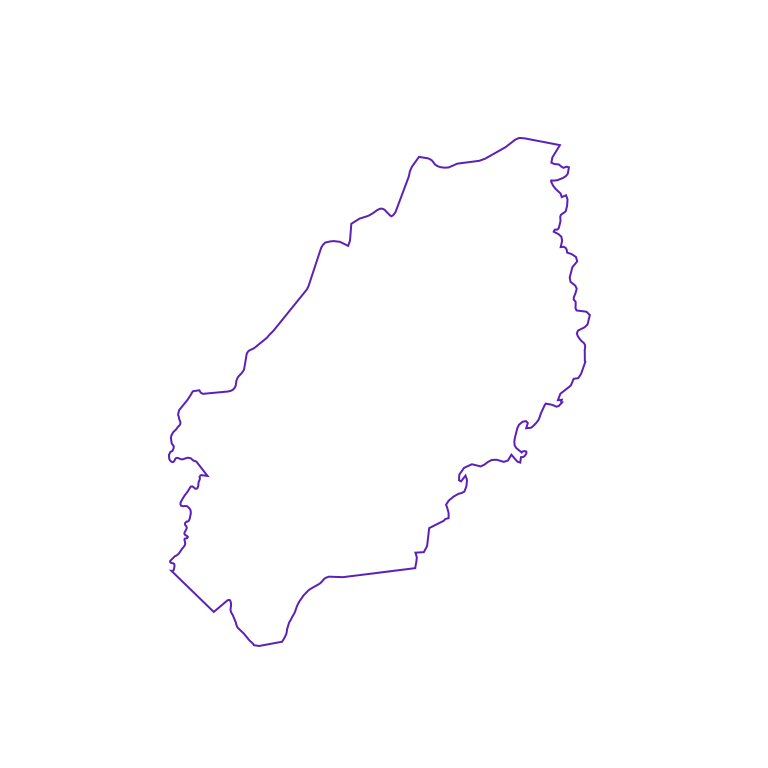 map outline of N'zi-Comoé (Equal Earth projection), rotated 26°
{"feature_id": "CIV-3452", "entity_name": "N'zi-Comoé", "entity_type": "Department", "adm_level": 1, "iso_a3": "CIV", "parent_name": "Ivory Coast", "parent_adm1": "", "projection": "equal_earth", "projection_center": [-4.27, 7.107], "detail": "fine", "context": "isolated", "style": "outline", "palette": "violet", "viewbox_px": 768, "rotation_deg": 26, "n_neighbors": 0, "source": "natural_earth", "source_scale": "10m", "svg_char_len": 4784}
<svg xmlns="http://www.w3.org/2000/svg" viewBox="0 0 768 768"><g transform="rotate(26 384 384)"><path d="M492.8,535.8L431.8,575.6L419.0,581.3L416.9,583.4L415.6,585.3L415.3,586.9L414.7,589.2L413.7,591.7L407.7,600.4L406.4,603.0L404.4,609.1L403.3,616.3L403.1,620.3L403.2,622.3L403.9,627.8L403.9,629.7L403.6,633.3L403.6,636.8L403.3,640.1L404.4,646.9L405.4,649.9L405.8,651.7L405.8,655.8L405.4,660.3L386.6,674.2L381.5,675.8L380.3,674.9L375.3,673.4L367.5,669.8L359.6,667.3L358.1,666.3L357.1,665.4L355.4,663.3L349.6,658.2L346.4,656.0L345.5,654.9L344.8,653.8L343.8,650.7L343.1,649.0L342.2,647.6L340.5,645.9L339.2,646.1L338.2,647.0L330.9,663.5L274.8,645.1L276.3,644.5L276.5,643.2L275.9,640.7L275.2,638.8L274.3,637.7L273.1,637.6L270.6,638.1L269.7,637.7L269.4,636.7L271.5,630.5L272.4,629.5L273.3,628.0L274.1,625.5L274.7,620.7L275.4,618.3L275.6,616.1L275.3,614.5L272.9,611.4L272.7,610.4L273.9,609.5L274.7,608.6L274.8,607.5L273.9,607.0L271.3,606.8L270.2,606.1L269.8,604.6L270.0,601.7L269.8,599.7L268.6,598.4L267.3,598.0L266.4,597.1L266.2,595.8L266.9,594.1L267.8,593.8L268.5,592.6L268.4,590.1L267.1,585.0L265.8,582.7L264.4,581.4L260.8,580.2L259.6,580.4L257.4,581.7L256.2,582.2L254.9,582.3L253.8,581.4L253.1,579.6L253.3,575.2L253.7,571.6L254.7,566.8L255.1,562.1L255.5,560.7L256.8,560.0L260.5,560.8L261.5,560.2L262.0,558.9L261.6,556.5L260.9,555.0L260.4,553.4L260.2,550.4L259.7,549.2L258.9,548.3L259.1,547.1L259.6,546.0L265.7,544.0L249.6,536.1L248.5,536.0L247.4,536.3L246.2,536.4L243.0,535.5L241.8,535.7L240.6,536.0L239.5,536.6L238.5,537.5L236.7,539.4L235.7,540.2L234.5,540.6L231.6,540.8L230.3,541.1L229.5,541.9L229.2,543.2L229.3,544.7L229.0,546.1L228.2,546.9L227.0,547.0L225.7,546.7L224.3,545.9L223.1,544.4L221.8,541.9L221.8,538.8L222.3,537.9L223.0,537.2L223.2,536.0L223.1,534.4L222.7,532.9L222.0,531.8L220.6,531.3L219.1,530.3L216.1,525.8L215.5,523.7L215.6,519.8L217.0,516.1L217.7,512.4L218.3,511.0L218.5,509.5L217.9,507.7L215.5,505.5L213.7,503.2L212.4,502.0L211.3,497.4L214.3,484.6L215.2,477.2L215.2,475.8L215.5,474.2L220.8,470.6L222.7,471.9L223.8,472.2L225.6,472.2L247.1,459.1L249.1,457.5L250.0,456.4L250.9,454.9L251.5,452.6L251.4,450.3L249.9,445.8L249.7,443.6L249.8,441.4L251.3,436.6L251.7,434.3L251.9,432.5L249.7,424.9L247.6,417.9L247.5,417.5L247.4,416.0L247.6,414.4L248.2,412.9L251.4,409.0L258.6,393.6L259.3,390.5L261.3,384.6L273.3,332.5L273.2,328.8L267.8,289.1L268.1,285.8L269.2,282.6L273.1,279.5L276.1,277.6L282.2,275.5L291.2,275.6L290.7,270.8L290.1,268.8L284.4,254.3L289.5,246.1L295.5,240.4L296.8,238.9L299.2,235.3L301.4,231.1L302.7,229.3L304.0,227.9L305.3,227.3L306.8,227.1L308.2,227.2L315.7,229.9L317.2,230.0L318.3,228.1L319.0,224.6L315.4,187.2L314.7,183.9L314.1,182.0L313.8,176.7L315.9,164.5L325.0,161.8L326.8,161.8L329.2,162.1L334.0,164.5L337.1,164.7L339.9,164.3L343.7,163.0L347.2,161.0L353.3,153.8L371.7,141.7L376.1,137.2L389.5,117.7L394.7,107.1L395.9,105.5L397.8,103.5L402.9,101.5L437.4,92.2L436.0,106.5L437.4,111.7L440.8,111.6L444.9,110.0L448.2,110.9L450.5,111.0L452.9,108.6L455.2,108.2L457.0,114.3L456.4,117.2L454.6,120.3L450.4,124.9L447.2,126.9L445.1,127.7L445.3,128.7L449.0,131.6L452.4,133.3L459.4,135.5L461.8,138.1L464.9,134.6L468.0,137.6L469.0,140.0L470.4,143.5L471.6,148.9L471.0,150.6L469.8,152.5L468.8,154.5L469.1,156.5L470.7,159.2L471.3,160.6L472.7,166.8L472.3,169.0L469.8,170.5L469.8,172.7L475.1,172.8L478.8,173.9L481.3,177.1L482.8,183.5L485.4,181.9L487.6,182.0L489.5,183.4L491.0,185.6L495.7,185.0L500.9,185.7L503.9,189.1L502.1,196.4L504.2,206.8L506.8,210.4L512.7,211.7L515.4,213.8L516.3,218.3L516.6,222.8L517.4,224.9L520.2,226.1L521.6,228.9L522.8,231.8L524.8,233.5L534.2,230.3L538.8,231.8L540.8,241.2L539.5,245.0L534.9,251.0L535.2,254.1L537.1,255.9L539.9,257.6L542.9,258.9L545.6,259.5L547.6,260.8L548.6,262.7L549.4,265.2L554.5,275.4L555.2,275.6L556.7,288.5L556.0,293.6L552.2,296.2L552.6,303.5L549.1,310.7L546.8,315.4L547.4,322.3L549.0,321.4L550.7,320.2L550.9,321.2L550.9,322.0L551.1,322.4L552.2,322.3L550.7,327.2L548.9,328.8L544.2,329.0L538.0,330.7L537.7,332.6L537.9,341.8L538.4,345.3L538.6,348.6L537.8,352.6L536.4,356.7L535.5,358.6L534.0,359.7L531.2,361.4L530.4,356.1L528.0,355.1L525.1,357.2L523.2,361.4L523.2,365.3L525.4,375.6L526.4,378.7L528.4,382.0L531.0,383.6L537.8,385.2L537.9,384.2L539.5,382.8L541.5,382.3L542.4,384.0L542.2,386.3L541.6,387.9L540.6,389.0L539.2,389.7L540.9,394.9L537.9,395.3L529.5,391.7L528.9,398.5L525.8,401.5L518.4,402.7L514.1,405.1L511.6,408.5L509.7,412.3L507.0,415.7L498.2,417.6L492.7,424.3L491.4,432.4L493.6,437.6L495.9,437.8L497.4,430.6L500.7,433.9L502.9,439.8L503.4,445.5L501.4,448.1L499.1,450.0L495.9,454.7L493.3,460.4L492.7,465.4L494.7,467.1L498.6,471.6L500.9,476.3L498.3,478.4L497.7,480.7L487.8,493.7L493.8,510.9L493.5,517.7L486.2,521.8L489.5,525.4L491.0,529.5L492.2,534.1L492.8,535.8Z" fill="none" stroke="#5b21b6" stroke-width="2"/></g></svg>